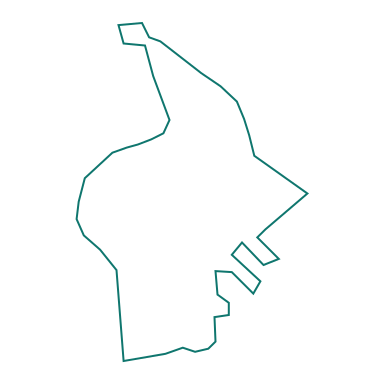 Jung-gu [Central District], Busan, South Korea (Mercator projection)
{"feature_id": "91817680B85909931268472", "entity_name": "Jung-gu [Central District]", "entity_type": "district", "adm_level": 2, "iso_a3": "KOR", "parent_name": "South Korea", "parent_adm1": "Busan", "projection": "mercator", "projection_center": [129.035, 35.112], "detail": "fine", "context": "isolated", "style": "outline", "palette": "teal", "viewbox_px": 384, "rotation_deg": 0, "n_neighbors": 0, "source": "geoboundaries", "source_scale": "gbopen_adm2", "svg_char_len": 690}
<svg xmlns="http://www.w3.org/2000/svg" viewBox="0 0 384 384"><path d="M123.6,361.0L124.2,360.9L165.5,353.8L182.8,347.7L195.1,351.8L208.3,348.7L215.5,341.6L214.5,317.1L228.8,315.0L228.8,302.8L217.5,294.6L215.5,271.1L231.8,272.1L253.3,293.6L260.4,281.3L231.8,254.8L242.0,242.5L263.5,265.0L278.8,258.9L257.3,237.4L265.5,229.3L307.4,193.5L254.3,155.8L249.2,135.3L244.1,119.0L236.9,101.6L220.6,86.3L201.2,73.1L160.4,41.4L149.1,37.3L142.0,23.0L118.5,25.1L123.6,43.5L145.0,45.5L153.2,76.1L169.5,120.0L163.4,133.3L151.2,139.4L137.9,144.5L126.7,147.6L112.4,152.7L84.8,178.2L78.7,201.7L76.6,219.1L83.8,235.4L100.1,249.7L116.5,270.1L123.6,361.0Z" fill="none" stroke="#0f766e" stroke-width="2"/></svg>